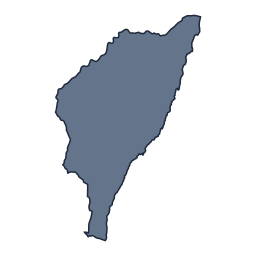 Somondoco, Boyacá, Colombia
{"feature_id": "7082276B21743509672590", "entity_name": "Somondoco", "entity_type": "district", "adm_level": 2, "iso_a3": "COL", "parent_name": "Colombia", "parent_adm1": "Boyacá", "projection": "equal_earth", "projection_center": [-73.436, 4.962], "detail": "fine", "context": "isolated", "style": "filled", "palette": "slate", "viewbox_px": 256, "rotation_deg": 0, "n_neighbors": 0, "source": "geoboundaries", "source_scale": "gbopen_adm2", "svg_char_len": 5759}
<svg xmlns="http://www.w3.org/2000/svg" viewBox="0 0 256 256"><path d="M182.6,18.1L181.8,20.6L181.3,21.0L178.6,22.5L176.4,24.5L173.9,27.1L172.1,28.3L170.6,29.6L167.1,33.6L165.9,34.6L165.0,35.1L162.7,35.3L160.7,35.9L160.2,35.7L158.7,34.0L158.0,33.7L156.6,34.1L156.1,34.1L154.4,33.1L154.1,33.1L153.0,33.6L152.3,33.7L151.8,33.6L148.5,31.3L147.6,31.0L146.4,31.1L145.8,31.6L144.7,32.9L143.7,33.6L141.6,33.3L140.5,33.5L139.3,32.5L138.7,32.3L136.8,32.7L134.8,33.3L132.1,32.9L130.8,33.1L130.2,32.9L129.7,32.5L129.0,31.7L128.3,30.5L127.5,29.7L126.7,29.4L125.7,29.4L124.8,29.8L123.3,30.7L121.9,31.9L121.0,32.2L119.3,32.4L118.8,32.9L118.6,33.4L118.6,34.5L118.9,35.2L118.9,35.9L118.7,36.7L118.3,37.3L117.6,37.6L115.6,37.7L114.3,37.4L113.7,37.7L113.3,38.2L113.3,38.9L113.3,39.7L113.5,41.3L113.4,42.0L112.8,42.8L112.2,43.2L111.5,43.3L111.0,43.3L109.6,42.5L109.2,42.6L108.6,42.7L108.1,43.3L107.7,44.2L107.2,47.0L107.0,49.0L106.3,52.0L105.8,53.1L105.2,54.0L103.8,54.9L101.4,55.7L100.7,56.4L99.8,58.0L99.1,59.0L97.9,60.3L97.1,61.1L96.2,61.4L95.4,61.3L93.8,60.9L91.9,59.7L91.2,59.8L90.4,60.6L90.0,61.7L89.1,64.4L88.7,65.2L88.3,65.7L86.9,66.4L85.2,66.3L84.1,65.9L83.5,66.0L82.3,66.5L81.8,66.9L81.2,67.8L80.8,68.9L80.1,71.8L79.5,72.5L78.8,72.9L76.0,76.3L75.2,76.9L72.2,78.4L71.6,78.9L69.2,81.6L68.3,82.6L67.2,83.4L64.3,84.8L63.7,86.2L61.6,88.4L60.7,88.8L59.3,88.9L58.9,89.1L58.2,89.9L58.0,91.2L57.9,92.8L57.6,93.9L56.6,95.7L56.0,97.0L56.0,97.5L56.3,98.3L57.5,99.5L57.9,100.1L58.1,100.8L57.3,102.8L57.2,104.0L56.8,106.4L56.4,109.0L55.8,111.6L55.5,112.1L56.6,114.0L57.5,115.9L57.7,116.2L58.3,116.3L59.1,116.9L60.0,118.3L60.3,119.2L60.7,119.9L61.6,120.3L62.9,120.4L63.4,120.7L64.4,121.9L64.5,123.0L65.4,124.3L66.3,126.9L66.5,128.7L66.4,130.3L67.1,131.5L68.5,135.2L69.2,136.6L69.3,137.2L70.1,138.7L70.4,139.7L70.2,140.6L69.8,141.5L69.5,143.2L68.6,144.8L67.7,147.1L67.5,148.1L67.5,150.4L67.3,151.1L67.0,151.7L66.5,152.2L66.3,152.6L65.9,156.9L65.6,158.8L64.8,159.8L64.3,160.9L64.2,162.4L63.9,163.7L63.5,164.1L62.8,164.6L63.1,165.1L64.4,166.6L65.0,168.0L65.3,168.5L66.6,169.2L67.1,169.8L67.4,170.6L67.8,173.1L68.1,173.1L69.3,172.3L71.3,171.9L74.0,172.2L75.0,172.0L75.5,172.2L78.3,175.3L78.8,176.6L79.2,177.1L83.3,180.2L83.7,182.2L87.5,184.2L87.7,186.3L87.5,196.6L88.8,197.3L89.2,197.8L89.7,199.2L89.9,201.3L89.9,202.7L89.0,205.9L89.0,207.7L89.1,208.3L89.7,210.4L91.8,211.2L92.1,211.4L92.1,211.6L91.3,216.3L90.5,219.2L89.2,222.8L88.9,223.9L88.6,232.8L87.8,232.8L86.4,232.2L84.5,232.2L85.3,233.5L86.1,234.0L87.1,235.1L87.9,236.5L88.5,236.7L89.5,235.8L90.8,236.1L92.3,235.5L93.8,236.1L94.3,236.5L96.1,237.7L97.5,238.2L98.0,238.4L99.6,238.4L100.6,239.0L103.6,240.0L105.2,240.6L105.6,240.1L106.1,239.3L106.5,237.8L106.5,236.7L106.2,235.3L106.8,232.3L106.8,231.1L107.0,227.3L106.5,225.0L106.4,222.9L106.5,222.2L106.9,221.5L106.9,220.8L107.1,220.2L107.1,219.5L106.7,217.1L107.1,215.7L108.5,213.9L109.1,212.7L109.7,209.4L109.5,207.6L109.6,207.2L110.2,206.4L112.0,204.9L112.2,204.5L112.4,202.5L113.0,200.8L114.1,198.8L114.3,197.9L114.5,195.9L114.5,195.1L116.1,193.1L116.7,192.8L117.0,192.5L117.4,191.4L117.9,190.9L119.7,187.9L120.0,187.6L120.7,185.7L121.5,185.1L122.1,184.1L122.7,181.9L123.6,180.8L123.6,179.8L123.8,179.5L124.0,178.6L124.6,178.0L124.7,177.4L124.5,176.6L124.5,176.0L125.4,175.3L125.5,174.9L126.3,173.7L126.7,172.4L127.2,170.3L127.9,169.4L128.4,168.3L128.5,167.3L128.7,166.8L129.5,165.9L129.7,165.5L129.6,164.7L129.8,164.5L130.1,163.2L130.6,162.6L131.1,162.4L131.3,162.0L131.6,161.8L132.1,160.6L133.1,160.3L133.9,159.6L134.4,159.4L134.8,158.9L135.8,158.7L136.3,158.0L136.9,157.7L137.1,157.4L137.2,157.1L137.0,156.5L137.1,156.3L138.1,155.4L138.9,154.0L139.3,153.8L139.5,153.9L140.2,154.6L140.9,154.1L141.2,154.1L141.6,153.8L141.9,153.8L142.2,154.2L142.6,154.9L142.9,155.0L143.4,154.7L143.5,154.4L143.4,154.0L143.2,153.2L143.8,153.1L144.1,152.4L144.7,152.3L145.1,151.9L145.5,150.9L145.6,150.2L145.5,149.7L145.1,149.1L145.2,148.2L145.6,147.6L146.5,146.6L146.9,145.5L148.5,144.4L149.2,143.5L151.0,141.9L152.2,139.9L152.9,139.6L153.6,139.9L154.1,139.8L154.6,139.0L154.8,138.1L155.3,137.4L156.6,137.1L156.8,137.0L156.9,136.8L157.4,136.4L158.1,136.3L158.3,134.9L158.9,134.6L159.5,133.9L160.2,131.0L160.6,129.9L160.5,129.0L160.6,128.8L161.3,128.8L161.8,128.1L162.3,128.6L162.6,128.2L162.6,127.7L163.0,127.3L163.1,126.7L162.9,126.2L163.0,126.0L163.2,125.9L164.3,123.8L164.4,121.7L164.5,121.3L165.2,120.6L165.3,120.3L165.2,119.8L165.2,119.5L165.6,118.3L166.0,116.3L166.3,115.8L166.9,115.6L167.0,115.4L167.1,115.1L167.1,114.3L167.6,112.7L168.8,112.2L170.0,111.2L170.2,110.7L170.2,109.6L170.0,108.8L170.3,107.8L170.1,107.4L170.1,107.0L170.4,105.4L170.6,105.2L171.2,105.0L171.4,104.5L171.2,103.2L171.8,102.6L172.0,101.4L172.4,100.8L174.8,98.8L174.9,98.2L174.3,96.9L174.2,96.2L174.3,96.0L175.0,95.3L175.0,93.5L175.7,91.5L175.8,89.9L176.2,89.3L177.3,88.4L177.5,88.4L177.7,89.5L178.1,90.0L178.4,90.0L178.7,89.8L179.1,89.1L179.7,84.9L180.3,83.6L180.2,81.8L180.5,79.2L181.4,76.5L182.2,75.6L182.9,74.5L183.0,72.8L182.6,71.6L182.6,70.5L182.3,69.7L182.4,68.6L183.6,65.4L183.9,65.1L184.9,64.7L185.1,64.4L185.3,64.0L185.6,63.7L185.7,62.5L186.2,61.8L186.3,61.5L186.0,60.3L186.2,59.5L186.1,58.5L185.7,57.5L185.7,56.9L186.6,55.6L186.7,54.4L186.9,54.2L187.7,54.1L188.7,53.2L189.0,53.3L189.6,53.1L191.2,51.4L192.2,51.5L192.4,51.3L192.3,50.2L192.7,49.5L192.7,49.1L192.3,48.6L192.3,47.8L191.8,47.1L191.9,45.6L191.8,44.4L191.8,43.2L192.8,40.4L193.8,38.3L194.0,36.9L194.7,35.7L195.5,34.9L195.9,34.6L196.3,34.5L196.9,35.0L197.4,35.1L198.1,34.6L198.7,33.3L199.4,32.3L199.8,31.2L199.8,30.7L199.6,29.9L199.7,28.4L199.4,27.1L199.2,25.7L199.2,24.4L199.5,21.4L200.3,18.0L200.5,16.8L195.8,15.6L194.0,15.4L191.0,15.8L188.9,15.7L187.2,15.8L185.8,16.4L182.6,18.1Z" fill="#64748b" stroke="#1e293b" stroke-width="1.5"/></svg>